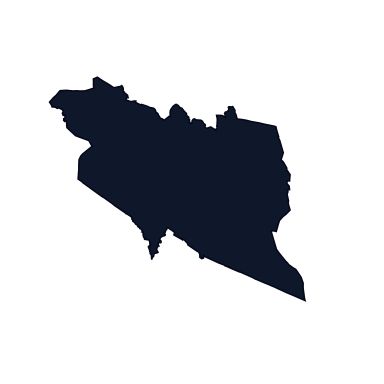 Višķu pag., Daugavpils, Latvia (Robinson projection), rotated 249°
{"feature_id": "27541924B4584699907336", "entity_name": "Višķu pag.", "entity_type": "district", "adm_level": 2, "iso_a3": "LVA", "parent_name": "Latvia", "parent_adm1": "Daugavpils", "projection": "robinson", "projection_center": [26.799, 56.069], "detail": "fine", "context": "isolated", "style": "filled", "palette": "ink", "viewbox_px": 384, "rotation_deg": 249, "n_neighbors": 0, "source": "geoboundaries", "source_scale": "gbopen_adm2", "svg_char_len": 6020}
<svg xmlns="http://www.w3.org/2000/svg" viewBox="0 0 384 384"><g transform="rotate(249 192 192)"><path d="M195.9,291.3L208.9,292.4L211.6,292.0L212.5,292.0L212.4,292.7L218.2,293.1L222.9,293.7L224.1,292.2L229.5,283.7L232.6,279.2L236.6,272.5L239.6,268.3L241.8,264.6L244.0,260.3L248.4,260.8L251.0,260.5L252.8,261.4L257.2,260.6L257.2,259.5L258.4,257.1L258.0,256.2L257.1,256.3L256.1,256.0L255.7,255.6L254.7,254.4L254.4,253.3L254.5,252.2L254.7,251.8L253.8,250.6L253.0,250.7L252.4,250.5L250.8,250.3L249.9,250.1L252.5,247.7L253.5,245.7L254.8,242.4L253.3,242.1L251.5,241.9L248.0,240.5L247.3,240.0L246.0,239.8L245.2,238.9L243.5,238.6L242.0,237.8L241.8,237.8L242.0,237.7L241.9,237.2L241.4,237.0L241.6,236.8L241.3,236.8L241.3,236.5L241.4,236.1L241.9,235.8L246.0,232.9L246.1,231.1L246.2,228.3L247.5,227.7L248.5,227.6L249.2,227.8L249.4,228.3L249.7,228.5L250.1,228.5L250.6,228.3L251.7,227.5L254.3,227.1L255.5,226.3L256.0,225.8L257.8,221.8L258.9,221.0L259.4,220.5L259.6,219.9L259.5,219.4L259.2,218.7L258.6,217.8L257.6,217.2L256.7,217.0L256.3,216.7L256.3,216.3L256.4,215.9L256.7,215.9L256.8,215.0L257.9,215.0L259.1,214.8L259.3,215.1L260.3,215.6L260.6,215.6L261.7,215.2L263.0,215.8L264.8,214.7L265.5,214.4L266.8,214.9L267.7,214.8L270.6,213.5L273.6,212.7L275.3,211.0L276.4,210.5L277.2,210.4L277.7,210.2L278.2,209.5L278.9,209.3L279.5,208.7L279.6,208.2L279.2,206.3L278.9,205.4L278.2,204.0L277.5,203.2L276.8,202.0L275.8,201.0L274.1,200.0L272.6,199.5L271.0,199.3L270.8,197.6L269.0,191.9L269.7,191.3L270.0,191.2L270.5,190.6L271.3,190.2L271.6,189.4L271.8,189.2L272.4,189.0L272.9,188.7L274.0,188.7L275.8,188.2L277.2,188.3L278.1,187.9L279.2,187.2L279.8,187.0L280.2,186.9L281.0,187.2L281.7,187.2L283.1,186.7L283.9,186.2L284.4,185.6L286.0,182.9L287.9,181.2L291.9,176.3L291.6,175.4L295.9,171.4L297.0,172.2L297.7,170.7L298.2,167.4L301.6,163.4L302.8,164.1L303.1,164.8L303.9,165.1L304.1,165.3L303.9,165.5L303.4,165.4L302.9,166.1L303.1,166.3L303.9,166.2L305.3,166.5L305.6,166.4L306.8,165.9L307.2,165.5L308.0,164.9L309.5,164.6L310.9,164.0L311.7,164.1L311.9,164.4L312.2,164.6L313.3,164.9L314.9,165.0L315.3,164.7L315.8,164.5L316.4,164.7L316.5,164.6L316.4,164.5L315.7,163.9L315.9,163.6L316.4,163.1L316.2,162.7L316.6,161.2L317.1,157.6L317.7,156.1L321.2,153.7L328.1,148.3L333.1,144.8L332.9,140.4L330.1,139.5L326.4,138.0L325.3,138.0L324.1,137.5L324.3,136.8L324.4,133.0L324.5,132.1L324.8,128.1L326.8,122.6L327.2,122.1L328.2,119.5L328.9,117.3L332.0,111.1L333.9,105.1L330.8,99.5L329.8,96.6L327.0,91.2L322.7,92.1L321.7,91.8L321.2,92.5L321.0,93.2L320.3,94.5L319.7,95.2L318.6,95.9L318.2,96.6L318.2,96.8L318.9,97.3L318.9,97.6L317.1,98.8L316.3,99.7L315.4,100.4L314.6,100.6L313.8,100.7L313.2,100.6L312.0,99.2L311.4,99.1L310.5,99.4L310.2,99.1L309.9,99.1L309.7,99.2L309.5,99.5L309.6,100.1L309.4,100.3L309.3,100.8L308.9,101.0L308.4,100.8L307.9,100.3L307.0,100.1L306.5,99.8L306.3,99.6L306.1,99.1L306.4,98.5L305.5,98.2L305.0,97.8L303.7,98.3L304.0,98.7L304.0,98.9L303.4,99.1L303.6,99.7L303.5,99.9L302.9,100.1L301.4,99.8L300.5,99.3L299.2,99.2L299.0,98.8L298.3,98.9L298.3,98.7L298.0,98.6L297.4,98.5L296.9,98.3L286.4,103.4L283.8,106.3L277.0,114.1L270.5,115.1L266.6,103.3L265.3,100.9L262.6,98.1L257.3,95.8L254.1,94.6L244.9,90.3L240.3,93.5L240.0,93.3L237.7,94.8L222.5,104.7L219.4,106.8L219.7,107.0L217.0,108.6L209.8,113.4L209.5,113.5L206.6,115.2L199.1,120.4L196.1,122.4L195.5,122.6L195.6,122.8L190.3,126.7L190.0,126.5L189.3,126.5L188.3,126.2L187.2,126.6L186.5,126.3L185.8,126.3L185.6,127.0L184.8,127.0L184.3,127.3L183.6,127.5L183.2,127.9L182.3,127.8L182.0,128.0L181.6,128.8L179.1,129.1L178.9,129.3L178.4,129.4L178.2,129.9L177.8,130.1L176.6,130.2L176.5,130.5L176.0,130.9L175.2,131.3L174.7,131.3L173.9,131.8L172.8,131.8L172.8,131.5L172.3,131.7L172.3,131.2L171.7,131.7L170.5,131.7L170.2,131.6L170.2,131.2L169.5,131.3L168.6,130.7L168.4,130.7L168.0,131.0L167.5,130.7L167.3,130.7L166.8,130.9L166.4,130.9L166.2,131.3L165.3,130.8L164.9,130.8L164.6,131.1L165.2,131.5L165.2,131.9L164.6,131.9L163.9,132.8L163.4,132.9L163.4,133.8L162.6,134.4L162.5,134.8L162.2,134.9L161.2,134.6L160.5,134.8L159.2,134.2L158.9,134.4L158.5,134.3L157.8,134.7L157.4,134.7L157.5,134.1L157.1,133.9L156.7,133.4L157.2,133.2L156.8,132.8L156.8,132.6L156.6,132.4L156.8,131.9L156.6,131.8L156.3,132.0L156.0,131.6L155.8,131.7L155.6,131.6L152.2,131.5L151.5,131.2L150.1,131.5L149.7,131.3L149.6,130.9L149.3,130.9L148.9,131.2L148.2,131.4L147.5,131.3L145.3,130.8L144.6,130.4L143.3,130.3L144.8,131.2L145.3,132.1L145.6,132.9L146.4,133.6L147.3,133.9L148.1,135.0L148.1,135.5L147.7,137.1L147.8,138.6L147.9,138.8L149.5,138.4L150.2,138.3L150.8,138.4L151.6,138.7L153.0,140.0L153.4,140.6L153.5,141.1L153.2,141.6L153.4,141.7L155.6,141.8L156.5,142.3L156.7,142.8L156.6,143.0L155.8,144.6L156.0,145.0L156.8,145.4L157.5,145.5L158.1,145.2L157.6,144.8L157.6,144.6L158.1,144.4L158.7,144.5L160.1,145.5L160.8,146.6L161.1,147.3L161.3,149.0L161.0,150.8L161.4,151.6L161.7,151.8L162.6,151.6L163.2,151.7L163.7,151.9L164.1,152.6L165.3,153.5L165.9,154.3L166.1,155.0L167.3,155.8L167.4,156.2L167.3,156.8L164.9,158.3L163.9,159.2L160.5,161.3L158.4,159.7L151.9,165.1L150.8,165.9L151.9,166.3L149.7,167.7L145.6,169.4L144.1,169.2L134.9,175.5L135.2,175.8L133.0,176.9L132.7,176.7L132.1,177.2L130.5,176.6L129.0,176.4L128.6,175.9L128.1,176.0L126.6,177.0L126.9,177.1L126.2,178.4L126.2,178.8L126.3,179.2L128.5,180.0L127.4,180.6L125.6,182.3L116.0,191.7L113.1,195.0L111.5,196.6L111.3,196.4L108.5,199.4L108.8,199.6L108.4,199.9L108.1,199.7L106.7,201.1L100.9,207.0L101.2,207.1L90.2,218.2L88.3,219.7L73.1,235.6L70.9,237.6L63.6,244.8L60.0,248.6L50.1,258.7L52.3,258.9L62.4,261.3L67.1,263.1L73.3,263.3L82.5,261.2L85.0,259.2L89.6,256.2L91.3,255.8L94.0,254.6L104.3,251.3L108.2,250.3L127.0,251.8L126.7,252.4L127.1,253.3L124.9,256.5L131.0,261.0L134.0,263.4L136.3,267.8L137.7,272.1L140.0,277.1L145.0,277.5L147.6,278.0L149.0,278.9L155.9,280.0L157.7,281.6L159.5,281.9L159.4,283.5L159.2,283.9L162.6,284.8L166.3,283.6L167.7,284.7L168.1,285.5L167.3,287.0L173.0,289.8L178.9,288.4L180.4,289.1L187.4,288.0L190.1,286.7L195.9,291.3Z" fill="#0f172a" stroke="#020617" stroke-width="1.5"/></g></svg>